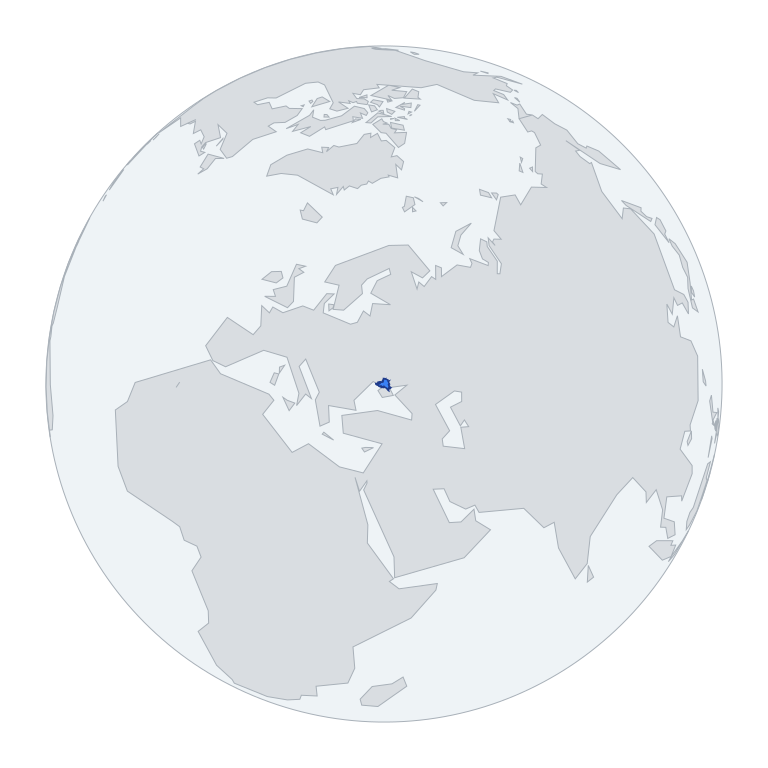 globe centered on Kherson, rotated 14°
{"feature_id": "UKR-4827", "entity_name": "Kherson", "entity_type": "state/province", "adm_level": 1, "iso_a3": "UKR", "parent_name": "Ukraine", "parent_adm1": "", "projection": "orthographic", "projection_center": [33.493, 46.65], "detail": "fine", "context": "on_globe", "style": "filled", "palette": "blue", "viewbox_px": 768, "rotation_deg": 14, "n_neighbors": 0, "source": "natural_earth", "source_scale": "10m", "svg_char_len": 14460}
<svg xmlns="http://www.w3.org/2000/svg" viewBox="0 0 768 768"><g transform="rotate(14 384 384)"><circle cx="384" cy="384" r="338" fill="#eef3f6" stroke="#a8b0b8"/><path d="M288.4,59.9L300.3,59.0L290.7,61.2L295.0,61.3L307.2,58.9L314.3,57.5L345.6,60.3L385.7,61.8L399.7,59.4L395.6,62.8L423.1,57.2L445.7,59.6L419.2,59.0L415.9,60.6L430.8,62.7L430.6,65.0L437.7,67.6L436.1,70.4L420.8,70.7L419.5,72.7L430.1,74.2L435.3,78.5L419.8,75.9L427.2,83.4L402.9,86.9L362.9,80.5L348.4,87.5L304.7,95.0L307.7,97.8L293.0,103.4L291.1,109.0L283.5,109.5L288.5,113.6L295.8,112.1L300.4,113.6L300.0,117.0L290.2,118.0L289.0,116.5L285.9,118.5L281.3,117.7L283.3,120.0L271.6,121.3L282.4,125.2L272.3,130.6L264.8,130.1L266.7,123.4L254.0,108.2L247.0,106.9L235.1,111.2L210.1,132.6L201.8,134.5L189.7,142.0L193.7,143.6L204.5,138.5L208.9,144.1L221.7,137.9L225.4,139.5L238.0,136.6L234.8,144.5L224.7,154.1L214.1,157.2L209.3,161.8L218.4,165.3L197.5,178.4L181.9,200.0L176.7,203.0L168.3,196.0L171.0,178.7L160.2,172.5L165.8,184.5L152.5,192.9L149.8,198.0L149.7,202.5L154.1,202.6L149.3,207.5L142.0,196.8L146.3,192.1L148.5,195.3L149.7,187.6L144.7,181.7L138.4,187.1L137.5,174.7L132.9,178.6L130.2,178.6L137.5,172.9L124.4,183.3L122.3,175.0L104.4,195.2L123.6,170.9L131.3,161.0L139.2,151.5L136.2,154.4L150.1,140.1L170.2,122.3L191.7,106.1L214.4,91.7L238.2,79.2L262.9,68.5L288.4,59.9ZM58.4,293.7L53.4,318.3L52.9,319.1L47.9,357.1L48.4,389.2L48.4,404.9L47.8,408.0L49.3,418.7L49.4,422.9L60.4,465.4L70.5,494.8L73.2,508.7L70.6,509.7L73.1,516.4L64.1,492.8L56.8,468.6L51.4,443.9L47.9,418.9L46.2,393.7L46.4,368.4L48.5,343.3L52.5,318.3L58.4,293.7ZM103.8,195.1L100.3,200.6L82.0,233.6L87.8,221.5L87.5,222.1L93.1,212.2L102.0,197.8L103.3,195.8L103.8,195.1ZM102.5,200.3L105.3,195.6L103.2,199.5L102.5,200.3ZM317.4,56.6L307.5,58.7L296.5,60.4L304.8,58.2L317.4,56.6ZM338.3,55.6L333.6,56.8L329.2,55.4L333.3,55.1L338.3,55.6ZM409.8,57.6L401.8,57.1L409.7,56.9L409.8,57.6ZM439.0,67.5L441.3,67.1L444.0,68.7L439.0,67.5ZM239.0,132.5L238.5,134.5L236.4,134.0L239.0,132.5ZM244.9,129.5L242.8,127.6L245.4,125.9L246.6,127.1L244.9,129.5ZM444.0,74.6L447.6,77.7L441.3,74.5L444.0,74.6ZM246.9,132.5L250.1,123.2L254.6,120.4L263.0,123.0L246.9,132.5ZM448.0,79.5L456.9,87.7L462.9,87.1L450.9,93.9L447.3,84.3L438.6,80.3L445.6,81.2L448.0,79.5ZM298.3,110.3L290.5,112.0L297.5,107.6L298.3,110.3ZM301.6,107.2L316.3,92.9L327.6,92.6L320.4,97.1L335.3,94.8L333.6,101.5L325.0,104.4L318.0,103.1L322.7,106.8L301.6,107.2ZM442.9,96.7L442.8,99.0L440.0,96.7L442.9,96.7ZM302.8,113.9L304.8,110.8L314.7,110.2L312.5,116.3L310.0,114.5L302.8,113.9ZM340.1,91.0L347.0,92.0L347.6,97.6L350.3,98.8L334.5,101.7L340.1,91.0ZM307.5,116.4L311.2,119.5L306.1,123.0L301.6,116.9L307.5,116.4ZM318.1,107.6L322.7,107.7L319.5,109.6L318.1,107.6ZM290.1,137.9L292.2,133.7L297.5,132.9L290.1,137.9ZM312.9,120.5L314.7,119.3L317.0,118.7L318.3,121.5L312.9,120.5ZM336.0,105.7L334.7,108.0L342.5,104.8L343.2,109.3L332.5,110.5L337.4,111.9L337.6,113.3L328.6,112.8L336.0,105.7ZM326.7,122.6L313.3,126.3L308.2,133.9L303.3,134.7L312.4,122.4L326.7,122.6ZM328.6,116.8L326.3,120.5L321.4,119.3L319.9,116.1L328.6,116.8ZM347.5,112.0L349.2,104.8L351.5,104.8L347.5,112.0ZM326.2,124.9L329.4,124.0L326.4,125.6L326.2,124.9ZM342.0,116.1L342.3,113.4L344.9,113.5L342.0,116.1ZM335.6,124.6L331.3,125.7L330.2,123.4L335.6,124.6ZM339.4,120.9L342.8,121.6L332.4,122.0L339.1,119.6L339.4,120.9ZM344.4,116.6L346.1,115.8L344.0,117.7L344.4,116.6ZM342.4,132.8L329.5,133.8L327.0,128.6L339.9,128.3L342.4,132.8ZM145.9,528.2L129.6,474.2L139.3,463.1L142.2,442.7L209.9,402.5L222.9,413.6L274.8,421.7L281.1,426.4L273.6,442.8L311.4,472.6L325.2,460.2L360.8,475.2L385.4,475.3L396.6,442.5L356.4,441.6L350.7,424.7L384.1,411.3L419.5,412.3L418.4,405.9L397.2,392.0L406.5,379.6L390.0,386.2L395.8,392.8L385.6,397.5L379.7,391.8L383.2,387.4L372.9,384.2L358.8,407.1L363.2,416.3L335.4,418.3L340.1,434.2L332.1,440.4L321.2,416.0L323.2,407.6L302.0,378.7L297.4,387.5L317.1,415.7L310.4,412.7L304.4,426.1L303.7,413.6L283.4,381.5L259.1,380.4L226.1,405.6L212.3,402.7L201.7,390.0L215.9,357.3L245.1,367.8L250.4,357.4L246.4,337.5L255.6,342.7L257.5,336.2L268.7,339.3L286.3,327.9L297.9,329.4L306.6,310.2L313.8,308.7L306.6,320.3L307.8,329.7L337.0,334.1L343.2,330.6L346.4,318.1L354.0,321.4L353.5,308.7L371.1,305.5L349.2,299.1L352.4,285.4L364.0,276.0L361.1,270.6L342.3,286.1L338.3,293.5L341.2,301.5L327.0,322.1L316.6,323.9L316.5,299.0L301.8,299.3L308.2,280.7L355.2,248.4L373.9,243.3L401.1,263.1L395.7,271.7L383.3,268.5L393.1,283.9L393.1,276.6L399.4,279.7L404.2,268.3L408.9,270.0L405.4,256.5L411.6,257.4L413.8,265.9L426.1,250.8L439.7,249.9L440.2,245.8L436.9,241.6L456.4,243.9L455.9,240.8L449.3,238.8L444.2,231.5L442.6,219.8L449.4,221.2L450.9,225.6L464.2,237.4L467.2,249.6L469.8,249.0L468.8,238.9L452.5,224.3L449.7,217.0L458.3,222.7L454.9,220.0L455.6,216.8L462.7,215.2L453.6,208.6L452.0,174.5L465.5,168.8L473.3,177.1L479.4,157.3L494.2,154.0L488.1,151.9L486.9,142.0L482.3,142.8L479.3,141.2L474.2,118.1L478.2,114.3L469.2,103.6L466.0,102.7L462.5,104.7L450.9,93.9L462.9,87.1L469.3,89.3L472.4,84.2L486.7,90.2L500.0,93.4L513.9,104.0L523.1,106.2L523.3,104.0L536.0,106.0L561.7,118.8L540.3,117.8L501.6,103.9L517.4,109.9L513.6,111.6L519.2,115.9L530.3,120.4L531.7,118.9L548.7,144.5L575.1,166.0L573.7,155.3L580.9,154.4L609.8,173.1L643.1,222.3L653.2,224.6L659.2,231.1L662.5,242.4L653.8,233.2L649.8,236.7L644.4,230.2L646.8,246.5L639.1,238.0L644.7,255.5L651.4,258.5L652.2,246.8L660.3,266.5L671.4,267.9L681.6,281.1L692.8,324.1L690.9,349.7L692.7,355.4L687.3,357.1L687.1,375.6L702.7,388.6L704.7,396.5L701.2,425.7L699.8,420.5L685.7,425.1L688.1,446.5L699.0,447.5L702.9,459.8L696.7,465.2L692.1,454.9L687.0,456.0L684.8,438.7L673.7,420.7L667.2,435.5L664.3,425.3L648.0,414.6L636.7,435.1L621.0,482.1L624.6,509.1L616.7,526.8L593.0,500.9L582.6,477.0L573.9,484.8L549.7,470.8L507.3,485.6L501.5,479.5L493.5,485.6L476.4,482.1L467.6,471.1L457.2,474.2L480.9,502.7L492.1,499.2L501.6,483.7L506.1,494.5L522.6,499.7L503.8,533.2L441.2,569.4L435.5,549.3L389.9,491.7L391.5,484.4L391.3,483.6L390.8,482.1L386.2,494.0L378.5,481.6L402.4,524.5L406.3,542.3L440.3,570.7L437.0,574.3L448.1,579.1L484.0,564.7L484.2,571.4L466.9,604.5L417.5,646.6L424.4,666.9L421.3,682.9L391.2,693.7L394.6,702.9L379.1,706.0L378.6,710.3L366.7,713.9L346.4,715.5L311.1,710.5L308.2,707.5L289.6,697.4L263.5,669.0L271.7,658.4L268.3,646.5L242.8,611.7L248.4,596.2L241.7,586.6L227.9,583.9L220.3,571.9L212.0,568.5L160.9,550.0L145.9,528.2ZM185.3,431.6L183.1,437.6L185.3,431.6ZM456.5,430.0L477.9,427.2L469.0,407.4L476.5,404.9L470.7,399.4L468.2,406.1L454.1,390.4L463.6,382.2L461.3,373.1L454.0,373.7L438.9,391.4L459.0,413.5L453.8,423.2L456.5,430.0ZM53.4,318.9L52.3,324.6L52.8,320.4L53.4,318.9ZM84.0,228.5L83.4,229.5L81.2,234.0L81.6,233.2L84.0,228.5ZM69.0,267.5L67.1,274.6L68.1,269.2L69.0,267.5ZM79.7,238.7L70.5,262.3L72.7,253.7L78.9,239.1L76.0,246.3L79.7,238.7ZM98.9,204.2L96.6,208.0L95.7,209.1L98.9,204.2ZM100.9,203.2L101.4,202.2L103.5,199.1L100.9,203.2ZM153.0,193.5L153.4,194.5L152.2,199.7L150.6,198.3L153.0,193.5ZM160.4,217.9L152.5,225.4L157.0,218.8L153.1,217.9L157.7,203.5L174.3,203.8L165.9,206.0L160.4,217.9ZM168.5,185.3L163.7,193.8L168.3,184.6L168.5,185.3ZM257.1,299.6L260.3,305.5L255.0,312.0L240.3,311.9L247.7,302.2L257.1,299.6ZM266.0,312.6L270.1,289.0L279.4,288.7L273.5,292.7L279.2,295.0L271.2,302.1L276.2,325.8L271.9,333.3L247.0,327.8L257.5,325.2L253.7,319.2L266.0,312.6ZM264.0,235.3L265.9,226.8L283.7,237.0L279.9,243.9L264.9,243.7L260.6,235.5L264.0,235.3ZM261.2,139.5L260.8,136.9L263.5,136.4L266.1,138.3L261.2,139.5ZM290.6,136.0L265.9,151.3L264.2,148.9L251.8,161.7L242.4,160.4L250.7,151.9L234.2,161.0L237.9,152.9L227.3,159.9L246.8,141.3L249.5,134.9L250.1,142.4L258.7,143.6L263.2,142.3L278.0,134.0L288.1,121.6L298.2,121.5L302.7,124.7L301.8,127.7L295.5,126.7L298.9,131.4L289.1,132.2L290.6,136.0ZM349.2,172.0L342.3,168.1L347.4,180.7L337.6,180.3L338.8,181.8L331.2,185.2L324.1,192.1L319.8,190.8L318.9,194.1L313.8,196.6L311.1,200.8L302.5,200.2L298.5,205.4L296.7,202.2L292.1,211.5L291.7,204.4L285.1,207.5L289.0,212.7L249.6,202.3L233.3,204.6L219.9,210.7L221.1,198.6L234.4,185.5L253.1,174.4L268.6,174.4L266.3,169.3L273.1,167.9L272.0,172.5L277.6,164.7L282.9,165.0L299.5,157.2L304.4,146.6L310.6,143.8L311.3,148.1L317.0,142.4L322.6,148.8L327.2,147.1L337.3,152.0L336.1,161.9L341.3,159.3L349.2,163.4L349.2,172.0ZM345.0,134.4L345.8,145.5L340.8,151.0L325.3,140.2L320.4,140.8L310.3,134.8L317.7,127.2L319.9,129.5L323.8,130.1L319.9,132.2L325.9,130.9L329.1,134.3L334.7,134.3L333.4,137.8L345.0,134.4ZM289.1,421.3L294.1,423.2L302.1,424.1L298.4,432.8L289.1,421.3ZM274.8,399.7L279.5,399.7L278.2,411.7L273.0,410.0L274.8,399.7ZM283.1,389.8L279.8,398.8L278.5,392.9L283.1,389.8ZM311.0,319.8L316.1,319.2L316.2,322.3L312.9,326.3L311.0,319.8ZM362.3,212.0L359.1,208.2L360.8,206.7L360.2,196.4L367.4,196.2L370.6,202.4L362.3,212.0ZM389.2,448.3L381.5,454.7L378.0,451.6L381.4,450.0L389.2,448.3ZM337.3,445.3L348.7,450.6L336.2,447.6L337.3,445.3ZM370.0,210.0L368.9,205.7L373.2,208.3L370.0,210.0ZM372.6,195.6L377.8,197.7L368.2,195.0L372.6,195.6ZM479.2,671.7L456.1,698.4L440.1,701.0L437.1,695.6L445.7,680.4L464.3,673.0L473.4,663.7L479.2,671.7ZM714.4,455.0L707.1,479.2L702.9,487.6L704.7,481.1L711.5,463.9L714.8,453.0L714.4,455.0ZM704.3,481.9L696.7,487.6L680.4,477.4L686.4,470.1L702.2,466.2L701.4,471.1L706.0,469.7L704.3,481.9ZM719.3,419.7L718.3,431.6L714.6,446.7L712.5,452.2L711.1,444.0L711.9,434.6L714.0,428.9L717.4,383.1L719.5,380.5L719.4,397.3L720.8,399.6L719.3,419.7ZM626.1,510.6L634.1,520.7L629.2,527.0L626.1,510.6ZM715.5,357.5L716.3,377.0L714.5,355.0L715.5,357.5ZM712.4,339.8L714.0,344.3L712.1,343.2L712.4,339.8ZM695.7,362.7L693.8,370.0L692.1,366.6L693.6,355.1L695.7,362.7ZM689.3,292.6L695.3,303.3L697.0,308.1L693.2,304.6L689.3,292.6ZM429.8,206.8L422.6,220.9L422.2,232.0L429.5,239.1L416.2,235.5L416.8,218.5L429.8,206.8ZM448.6,178.1L442.2,172.6L446.9,171.5L449.0,172.6L448.6,178.1ZM443.4,177.3L431.9,177.4L429.6,172.0L439.1,173.0L443.4,177.3ZM400.9,192.8L398.3,196.9L394.9,194.5L400.9,192.8ZM720.0,419.7L720.4,415.6L721.2,399.1L721.5,389.9L721.7,371.9L721.7,372.4L721.4,397.2L721.5,400.7L721.8,391.5L720.0,419.7ZM720.1,353.3L718.8,351.9L719.1,361.7L716.8,336.6L718.8,342.0L720.1,353.3ZM716.5,340.5L717.0,349.6L715.4,336.4L716.5,340.5ZM716.2,348.2L714.5,343.0L715.0,339.0L716.2,348.2ZM716.6,337.7L713.7,326.4L715.4,329.9L716.6,337.7ZM710.0,331.7L713.8,331.2L711.7,340.4L704.1,321.7L704.4,315.6L710.0,331.7ZM664.4,224.5L660.2,220.7L658.4,214.5L661.8,218.8L664.4,224.5ZM648.6,192.5L656.5,211.7L662.1,228.1L663.8,226.7L671.3,238.1L664.9,235.5L655.9,217.8L652.8,207.0L645.7,198.7L639.3,187.5L630.3,180.5L625.3,174.1L632.6,177.4L648.6,192.5ZM626.5,178.0L608.4,163.9L608.2,156.5L612.1,157.8L620.5,167.3L620.1,170.6L626.5,178.0ZM604.0,158.5L603.5,161.8L575.8,152.2L570.0,148.5L590.8,150.8L591.5,154.2L598.3,158.1L604.0,158.5ZM446.4,99.2L443.1,99.0L445.2,97.6L446.4,99.2ZM476.8,141.9L473.1,139.4L475.6,137.5L476.8,141.9ZM464.1,131.7L463.8,135.6L461.3,130.9L464.1,131.7ZM463.6,144.5L462.3,136.8L467.6,145.1L463.6,144.5Z" fill="#d9dde1" stroke="#a8b0b8" stroke-width="1"/><path d="M390.2,389.4L389.9,389.3L389.7,389.1L389.4,389.1L389.3,388.9L389.3,388.4L389.2,388.2L388.9,388.0L388.7,387.9L388.4,387.9L388.2,387.9L388.1,388.1L387.9,388.0L387.8,387.9L387.7,387.8L387.6,387.5L387.4,387.4L387.2,387.3L387.0,387.2L386.9,387.2L386.7,387.3L386.3,387.2L386.2,387.1L385.6,386.8L385.4,386.7L385.1,386.7L384.9,386.7L384.7,386.5L384.7,386.8L384.7,387.0L384.4,386.9L384.3,387.0L384.2,387.0L384.3,387.3L384.2,387.3L384.1,387.6L383.7,387.5L383.6,387.3L383.4,387.2L383.3,387.3L383.2,387.3L383.2,387.2L383.3,387.1L383.2,387.0L382.9,387.1L382.9,386.9L382.9,386.5L382.8,386.8L382.7,386.9L382.5,387.0L382.4,387.0L382.3,386.9L382.1,386.8L382.1,387.0L381.6,387.1L381.3,387.1L381.1,387.0L380.8,387.1L380.3,387.2L380.2,387.2L380.1,387.3L379.9,387.4L379.1,387.1L378.9,386.8L379.0,386.7L378.9,386.6L378.4,386.5L378.2,386.3L378.1,386.2L378.0,386.3L377.8,386.1L377.5,385.9L377.4,385.9L377.5,386.1L377.4,386.1L377.2,386.1L377.0,385.9L377.1,385.7L377.3,385.7L377.5,385.8L377.8,385.7L378.0,385.5L378.1,385.4L378.0,385.1L377.9,385.1L377.7,385.1L377.2,384.9L377.3,384.7L377.7,384.7L378.1,384.8L378.3,384.8L378.8,384.9L379.1,385.0L379.4,385.0L379.6,385.0L379.7,384.9L379.7,384.6L380.0,384.4L380.3,384.3L380.3,384.2L380.5,384.1L380.2,384.2L379.6,384.4L379.3,384.5L379.0,384.3L379.0,384.2L378.9,384.2L378.8,384.3L378.6,384.4L378.5,384.5L378.5,384.4L378.4,384.2L378.1,384.1L377.9,383.9L377.8,383.6L378.0,383.5L378.2,383.4L378.3,383.4L378.6,383.4L378.8,383.2L379.0,383.0L379.3,383.1L379.5,382.9L379.8,382.8L380.1,382.9L380.1,382.7L380.4,382.7L380.6,382.7L380.6,382.8L380.8,382.9L380.8,383.0L381.1,382.9L381.3,382.9L381.7,382.8L381.8,382.7L381.7,382.7L381.4,382.7L381.2,382.7L381.3,382.6L381.7,382.5L381.8,382.4L382.1,382.3L382.0,382.2L381.9,382.2L381.9,381.9L382.0,382.0L382.2,381.9L382.3,381.8L382.1,381.6L381.8,381.5L381.7,381.5L381.7,381.3L381.8,381.2L381.9,380.8L382.0,380.8L382.4,380.7L382.5,380.7L382.5,380.4L382.4,380.3L382.5,380.2L382.5,379.9L382.4,379.7L382.2,379.6L382.2,379.4L382.3,379.3L382.4,379.5L382.5,379.5L382.5,379.4L382.5,379.1L382.5,378.8L382.4,378.7L382.7,378.6L382.8,378.7L383.2,378.8L383.3,378.9L383.3,379.0L383.5,378.9L384.0,378.8L384.0,378.7L384.3,378.5L384.3,378.8L384.5,378.9L384.6,379.0L385.0,379.0L385.5,378.9L386.3,379.1L386.6,379.1L386.8,379.1L386.9,379.4L387.1,380.0L387.2,380.3L387.3,380.3L387.5,380.3L387.7,380.2L388.0,380.0L387.9,380.2L387.9,380.3L388.0,380.4L388.0,380.5L388.0,380.8L388.0,381.0L388.2,381.3L388.3,381.6L388.3,381.8L388.4,382.0L388.5,382.1L388.7,382.3L388.9,382.3L389.0,382.4L389.0,382.6L389.3,382.8L389.2,382.9L389.1,383.0L389.0,383.3L388.9,383.4L388.9,383.5L388.6,383.6L388.7,383.8L388.8,383.8L389.0,383.8L389.1,384.0L389.0,384.3L389.1,384.5L389.3,384.6L389.5,384.6L389.5,384.8L389.8,384.8L390.1,385.0L390.3,385.1L390.4,385.5L390.4,385.8L390.4,386.0L390.6,386.0L390.4,386.2L390.3,386.3L389.8,386.4L389.7,386.3L389.7,386.5L389.4,386.7L389.4,386.8L389.4,387.0L389.4,387.3L389.5,387.4L389.5,387.5L389.7,388.2L389.8,388.4L390.0,389.0L390.2,389.4ZM391.3,386.2L391.2,386.3L391.0,386.8L390.9,386.9L390.8,387.0L390.7,387.1L390.4,387.2L390.3,387.3L390.2,387.3L390.2,387.1L390.4,387.0L390.3,386.9L390.8,386.8L391.0,386.7L391.1,386.4L391.2,386.2L391.3,386.2ZM376.4,386.2L378.2,386.7L378.5,386.9L378.3,386.8L376.8,386.5L376.2,386.2L376.0,385.9L375.9,385.6L376.0,385.6L376.0,385.8L376.1,386.0L376.4,386.2ZM381.9,387.5L382.0,387.6L382.1,387.8L380.4,387.5L380.5,387.4L380.5,387.5L381.1,387.5L381.4,387.5L381.5,387.5L381.8,387.5L381.9,387.5Z" fill="#3b82f6" stroke="#1e3a8a" stroke-width="1.5"/></g></svg>